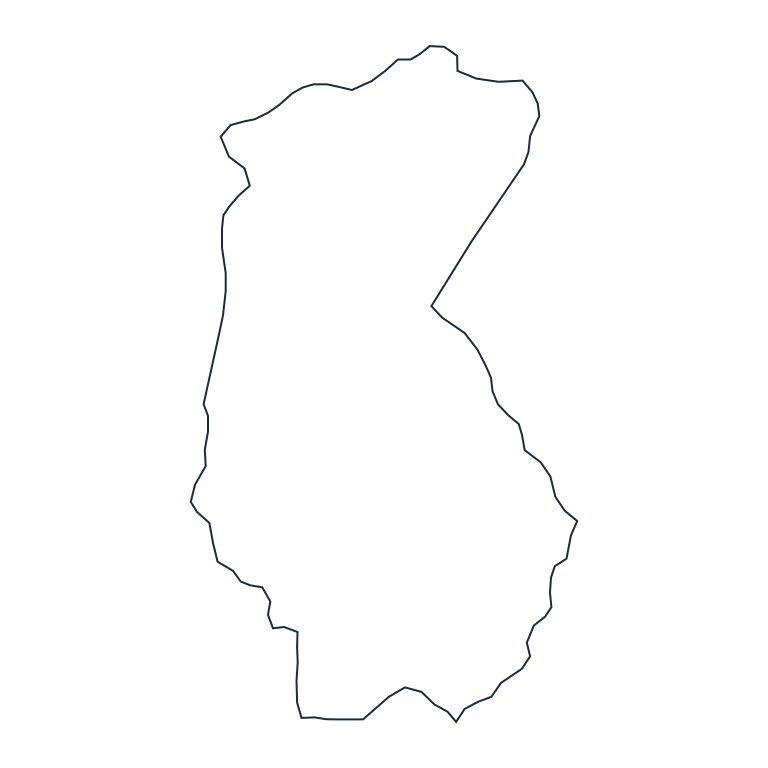 the district of Jaci, São Paulo, Brazil
{"feature_id": "56859067B21928825243135", "entity_name": "Jaci", "entity_type": "district", "adm_level": 2, "iso_a3": "BRA", "parent_name": "Brazil", "parent_adm1": "São Paulo", "projection": "natural_earth1", "projection_center": [-49.579, -20.942], "detail": "fine", "context": "isolated", "style": "outline", "palette": "slate", "viewbox_px": 768, "rotation_deg": 0, "n_neighbors": 0, "source": "geoboundaries", "source_scale": "gbopen_adm2", "svg_char_len": 1464}
<svg xmlns="http://www.w3.org/2000/svg" viewBox="0 0 768 768"><path d="M577.2,521.0L564.8,510.8L555.4,496.9L550.4,476.5L540.8,462.4L524.7,450.2L522.0,435.0L518.8,424.1L508.2,415.2L497.9,404.2L492.5,391.1L491.0,377.7L485.6,365.5L477.4,349.6L464.6,333.0L454.4,326.0L442.1,317.6L431.4,306.1L471.6,241.3L524.1,164.1L528.5,151.9L530.1,136.0L539.3,116.1L537.7,103.5L532.6,92.5L522.6,80.6L498.5,81.8L476.4,78.6L457.5,70.9L457.1,55.8L444.2,46.8L429.7,46.1L419.5,54.3L410.5,59.5L397.9,59.5L385.2,70.9L371.6,81.1L351.9,90.0L338.5,86.8L327.0,84.3L313.6,84.3L302.5,87.6L292.3,93.3L279.3,104.9L268.6,112.4L254.6,119.3L244.6,121.3L230.5,125.1L220.7,136.7L228.9,156.6L244.6,168.5L249.8,185.7L238.5,195.8L229.5,206.3L223.4,215.2L222.0,228.6L222.0,247.8L225.7,273.1L225.7,291.0L223.0,315.3L219.3,333.0L203.6,404.2L208.0,415.9L208.0,431.8L204.8,449.7L205.7,466.1L195.0,484.7L190.8,501.9L197.1,512.0L209.4,523.0L213.2,543.8L217.6,561.7L233.1,570.9L240.8,581.6L250.2,585.3L262.2,587.3L270.3,601.5L268.0,614.9L273.0,628.3L284.1,627.0L297.5,632.0L297.1,647.4L297.7,662.6L296.5,680.9L297.1,702.5L301.5,717.9L314.7,717.4L326.0,719.2L338.5,719.4L363.0,719.4L371.8,711.7L388.9,696.8L405.0,687.4L421.5,691.9L434.5,704.5L447.5,711.7L456.1,721.9L464.6,709.0L478.4,701.6L491.4,696.8L501.0,682.9L521.9,668.8L530.1,656.3L526.8,642.7L533.9,625.5L545.2,616.6L551.4,607.2L550.0,592.5L551.0,577.6L554.8,566.2L566.5,558.7L570.9,535.6L577.2,521.0Z" fill="none" stroke="#1e293b" stroke-width="2"/></svg>